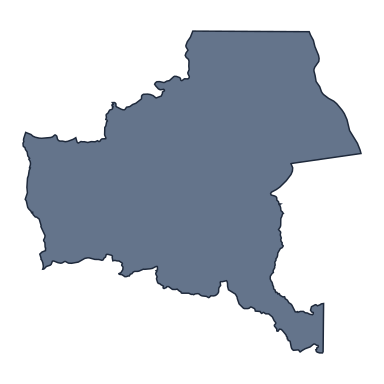 map outline of Katanga (Albers equal-area conic projection)
{"feature_id": "COD-1897", "entity_name": "Katanga", "entity_type": "Province", "adm_level": 1, "iso_a3": "COD", "parent_name": "Democratic Republic of the Congo", "parent_adm1": "", "projection": "albers", "projection_center": [26.036, -9.229], "detail": "fine", "context": "isolated", "style": "filled", "palette": "slate", "viewbox_px": 384, "rotation_deg": 0, "n_neighbors": 0, "source": "natural_earth", "source_scale": "10m", "svg_char_len": 5954}
<svg xmlns="http://www.w3.org/2000/svg" viewBox="0 0 384 384"><path d="M309.2,31.7L310.5,35.0L313.4,40.4L314.9,46.6L318.5,55.3L319.1,58.5L318.8,61.4L314.7,67.3L313.9,69.7L314.0,71.2L315.1,75.5L316.1,81.5L319.7,86.7L321.5,91.8L322.4,93.2L323.5,94.5L328.6,98.4L333.8,101.2L336.7,103.7L342.0,110.1L344.3,113.6L347.0,119.7L349.6,130.6L357.4,143.3L360.1,150.1L361.0,153.5L291.9,163.4L291.0,163.7L292.7,167.8L292.4,171.2L291.0,174.5L286.2,180.8L279.9,187.0L276.4,189.5L271.4,192.2L270.6,193.6L271.2,195.0L274.7,196.0L276.0,196.7L276.7,197.7L276.9,200.2L278.5,201.7L278.9,203.8L280.5,204.0L279.2,204.7L280.1,205.9L280.6,207.6L280.9,210.5L281.5,211.2L282.4,211.9L282.5,212.4L283.4,213.4L282.7,213.9L282.3,214.5L281.9,216.2L280.8,218.6L280.7,225.2L280.4,226.7L278.5,229.6L280.5,231.8L280.7,232.6L280.3,234.5L280.4,235.5L281.3,238.0L280.7,239.6L281.0,240.2L280.9,241.0L282.2,242.8L282.0,244.5L283.2,245.8L283.0,246.5L282.0,247.8L280.4,248.5L277.8,253.0L277.5,256.0L276.9,257.6L276.0,258.6L276.0,260.2L274.8,262.2L275.2,265.1L274.7,266.1L274.7,267.8L273.3,270.2L273.1,271.1L273.4,272.5L272.2,273.4L270.3,276.2L270.2,278.9L271.0,280.9L272.0,282.2L272.7,284.5L272.5,285.0L273.4,286.3L273.7,288.9L275.1,290.0L275.4,291.8L275.8,292.4L276.3,292.1L277.0,292.4L278.0,294.0L278.9,293.5L279.4,293.9L280.1,295.3L282.4,296.7L283.1,296.9L284.4,296.7L284.8,297.0L285.1,298.6L287.4,300.2L288.8,302.7L290.9,304.0L291.9,305.2L295.2,311.8L296.4,312.0L297.6,311.6L298.0,312.3L300.3,311.4L303.4,311.4L305.2,312.8L307.4,313.0L309.9,314.3L312.4,314.7L313.3,313.8L313.3,312.5L311.7,312.0L310.5,310.2L311.5,306.7L315.3,304.7L316.3,304.9L317.4,305.8L320.0,304.8L321.2,303.9L323.6,303.5L323.1,351.7L322.5,352.9L319.5,352.9L317.3,352.2L316.4,351.5L315.8,349.7L316.7,349.3L316.8,347.9L318.0,347.3L318.4,346.2L317.9,345.4L316.9,345.4L314.9,344.1L314.0,344.0L313.2,344.4L310.2,346.9L305.0,348.8L301.5,350.9L300.4,351.9L299.8,351.8L298.9,350.3L298.1,349.9L293.3,350.3L291.7,348.6L291.2,347.0L290.1,341.4L289.6,340.9L288.2,340.5L287.9,339.2L287.2,338.8L287.4,337.2L286.6,336.7L286.0,334.9L282.9,331.1L281.4,329.5L279.7,329.1L279.2,329.4L278.3,331.0L277.2,331.2L276.8,330.9L276.7,328.9L274.5,326.2L274.3,325.2L275.7,323.6L275.7,322.6L274.1,320.6L272.4,317.0L268.7,313.9L265.6,313.8L263.7,312.4L262.8,312.7L261.7,313.4L260.8,312.7L260.1,311.5L255.3,311.1L254.9,309.3L254.4,308.6L251.5,307.1L250.6,307.0L249.0,308.3L247.8,308.6L244.4,308.6L243.4,308.2L239.1,303.9L237.3,298.6L237.1,297.1L235.4,294.1L228.5,289.8L227.6,286.4L227.5,283.3L227.1,281.6L226.5,280.7L222.2,281.7L220.7,281.6L220.2,282.2L220.6,285.5L219.1,287.4L218.7,288.9L218.6,292.0L217.8,293.5L216.5,294.8L215.1,295.6L213.5,295.9L210.8,295.8L209.3,297.4L208.5,297.6L206.5,296.4L202.1,295.9L200.8,295.4L198.9,293.9L198.0,293.6L195.2,293.9L193.7,294.7L192.5,294.3L191.2,294.4L188.8,293.2L181.9,293.2L181.3,292.9L180.8,291.8L179.4,291.1L177.1,289.1L175.3,289.5L172.4,289.4L168.6,286.6L166.9,286.6L166.3,287.6L165.5,287.8L164.6,288.4L163.9,288.5L163.3,288.2L163.1,287.7L163.4,286.1L160.6,284.5L159.8,283.7L158.3,283.4L157.6,282.4L156.6,279.3L156.5,278.3L157.2,276.9L155.8,274.0L155.8,273.1L156.8,271.6L156.0,270.7L157.5,269.8L157.4,266.8L157.0,266.4L155.8,266.6L152.3,268.4L150.1,268.8L144.7,269.3L143.3,269.2L139.0,271.1L137.5,271.4L134.7,271.4L133.3,272.0L131.9,273.7L130.3,274.2L129.3,276.0L128.1,276.0L126.5,276.6L124.9,276.7L122.0,274.7L119.2,274.3L118.9,273.6L120.9,272.7L122.8,269.7L123.0,267.3L122.8,266.7L121.7,265.4L121.7,264.8L122.4,263.7L122.0,262.9L119.1,261.0L117.0,260.9L114.9,260.4L112.8,260.8L112.2,257.4L112.4,256.1L111.6,255.3L108.2,254.4L106.9,254.3L106.2,254.7L105.5,257.1L104.0,258.2L103.2,259.8L102.0,260.3L98.9,259.5L94.8,259.4L89.3,257.9L87.9,257.8L84.8,258.4L78.3,262.1L71.5,263.3L68.4,263.1L65.5,261.5L64.6,261.5L62.2,262.9L60.8,263.2L58.0,262.7L53.7,261.0L52.4,261.2L51.2,264.3L50.2,265.2L46.4,266.5L44.3,268.7L43.6,269.1L42.7,269.2L43.2,267.6L43.3,266.0L42.8,262.7L41.8,260.2L41.0,259.4L41.0,258.0L39.8,254.1L42.0,252.0L45.5,250.6L45.5,248.4L45.7,248.1L45.1,247.1L44.9,242.6L43.7,240.8L43.6,240.0L44.7,237.8L45.1,235.7L40.9,226.7L41.1,225.5L39.2,219.1L36.6,217.1L35.3,217.0L33.1,214.6L32.7,213.5L32.6,212.3L31.6,212.8L31.0,211.3L28.6,208.8L27.7,207.3L26.3,200.9L25.2,199.3L27.4,192.8L26.9,187.4L27.5,178.0L28.4,175.6L29.2,170.4L30.3,168.0L29.5,167.8L30.4,164.8L30.5,163.2L30.2,161.5L28.8,159.1L29.6,158.3L27.8,155.9L27.1,151.8L25.5,149.6L24.9,147.5L23.4,146.5L23.2,145.8L23.0,143.2L23.8,141.7L23.5,140.2L23.7,138.6L25.7,132.4L31.0,134.5L32.8,136.1L35.2,137.2L39.1,138.1L41.6,138.3L50.6,137.5L52.5,136.9L54.7,135.0L55.5,135.0L56.8,136.2L57.5,139.2L58.5,140.5L60.0,141.1L62.6,141.1L65.3,141.7L67.8,141.3L73.2,139.3L75.8,137.7L77.0,141.9L77.6,142.7L78.4,143.0L81.0,141.5L82.5,141.8L84.3,141.7L87.8,142.5L91.2,141.6L95.1,141.8L97.5,140.7L99.0,141.6L100.0,141.1L100.9,139.7L102.0,138.9L105.7,138.7L105.9,137.9L104.6,134.9L104.8,127.4L105.8,126.0L106.6,121.9L107.4,121.0L107.1,120.2L105.8,119.5L106.4,117.5L106.1,115.0L106.5,114.2L107.8,113.3L109.6,110.1L111.9,109.3L112.4,108.8L112.9,107.2L112.4,106.9L112.9,106.4L111.9,105.2L112.2,104.6L113.1,104.4L112.9,103.3L112.4,102.6L114.3,102.5L115.3,103.0L115.9,103.8L116.0,106.2L116.5,106.8L121.2,109.2L123.1,109.8L124.4,109.8L125.3,109.1L126.5,107.2L129.8,106.6L132.6,104.5L135.8,103.3L141.2,99.1L141.5,98.7L141.6,96.0L142.3,95.0L143.4,94.3L147.6,94.1L150.3,94.5L153.1,95.6L155.8,97.8L156.3,97.9L161.3,96.0L162.4,93.5L162.5,92.0L164.4,90.8L164.4,90.0L163.7,89.3L160.1,89.8L159.8,89.4L158.5,89.0L155.7,85.9L154.6,84.2L155.5,82.7L156.9,81.7L159.6,81.6L163.5,82.5L164.6,82.4L166.8,81.1L169.4,80.6L173.7,76.7L174.6,76.3L176.4,76.4L179.7,77.6L180.4,78.4L180.7,80.1L181.4,80.6L182.2,80.5L184.4,78.8L187.8,78.9L188.6,78.4L189.2,77.6L189.3,76.5L188.0,73.9L187.8,72.8L189.1,69.6L188.8,66.2L189.0,61.2L188.4,59.3L186.2,57.4L185.2,55.4L186.1,52.8L188.0,50.2L186.0,46.8L185.9,45.5L187.3,41.7L190.4,37.2L192.8,31.1L309.2,31.7Z" fill="#64748b" stroke="#1e293b" stroke-width="1.5"/></svg>